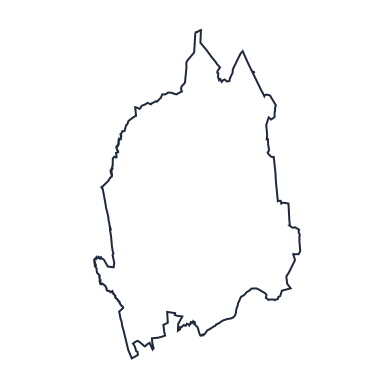 Vecpils pag., Durbes, Latvia (Natural Earth projection), rotated 85°
{"feature_id": "27541924B81448674487737", "entity_name": "Vecpils pag.", "entity_type": "district", "adm_level": 2, "iso_a3": "LVA", "parent_name": "Latvia", "parent_adm1": "Durbes", "projection": "natural_earth1", "projection_center": [21.536, 56.615], "detail": "fine", "context": "isolated", "style": "outline", "palette": "slate", "viewbox_px": 384, "rotation_deg": 85, "n_neighbors": 0, "source": "geoboundaries", "source_scale": "gbopen_adm2", "svg_char_len": 6024}
<svg xmlns="http://www.w3.org/2000/svg" viewBox="0 0 384 384"><g transform="rotate(85 192 192)"><path d="M273.7,291.6L274.7,291.6L275.9,291.2L276.0,289.5L275.5,289.7L275.5,289.1L277.0,287.5L277.5,287.3L278.0,286.4L279.0,286.3L280.5,285.4L281.2,285.8L281.8,285.7L283.1,284.9L283.0,284.3L283.2,283.9L283.3,283.1L283.8,282.5L284.3,282.3L284.2,281.8L284.8,281.4L283.8,280.0L286.7,279.2L286.6,278.8L287.4,278.5L288.5,277.6L289.4,277.7L289.3,277.3L291.2,277.2L291.9,276.0L293.0,275.6L292.7,275.4L294.3,274.4L295.3,274.2L295.5,273.7L295.3,273.7L295.5,273.5L296.8,273.7L297.6,273.0L298.0,273.0L298.5,272.4L299.3,272.2L300.0,271.0L301.5,270.7L304.8,275.0L312.8,274.1L315.0,273.4L318.8,273.3L325.5,272.0L343.7,269.3L352.5,266.5L349.7,260.2L346.5,260.1L345.6,261.5L340.9,262.4L337.8,264.0L336.7,261.9L336.4,261.6L335.5,259.1L337.3,256.8L341.6,252.7L341.5,251.8L340.2,250.6L338.6,247.4L345.5,245.0L344.3,243.8L342.5,244.3L338.8,244.7L334.3,244.7L334.2,239.5L334.3,239.3L333.6,234.7L332.7,231.3L328.2,231.9L324.0,232.0L322.0,232.2L320.1,227.5L309.3,227.2L311.2,219.4L312.9,220.0L313.9,218.0L315.2,212.5L322.1,217.2L328.9,218.1L328.3,217.2L328.3,216.5L327.1,215.5L325.7,215.8L325.4,213.7L324.3,212.6L323.8,211.7L324.6,210.7L324.7,209.9L322.8,208.7L323.6,207.0L324.7,206.4L323.7,205.7L323.5,206.0L323.2,205.3L322.8,205.1L323.0,204.7L322.4,204.3L321.6,204.3L321.9,203.7L321.6,203.5L321.6,203.3L322.2,202.8L321.7,202.5L322.0,202.2L321.0,202.0L321.5,201.5L321.5,200.9L321.7,200.6L322.6,200.6L323.9,201.0L323.9,200.5L324.6,200.3L325.6,199.7L326.7,198.5L329.4,197.7L332.3,197.3L335.6,196.3L336.0,195.5L335.0,194.2L335.8,193.5L335.8,193.2L334.7,192.4L334.6,191.7L331.2,188.9L330.3,186.6L327.6,181.5L327.3,180.3L325.9,179.4L325.9,178.6L325.3,177.6L324.9,176.0L323.6,174.3L322.5,171.7L321.6,167.6L321.4,164.4L320.8,162.6L320.8,162.2L320.4,161.9L319.5,160.5L318.6,159.9L315.9,158.7L314.1,158.4L311.2,157.5L309.6,156.5L306.5,155.7L304.9,154.5L304.1,154.3L302.7,153.4L301.4,152.8L300.6,152.2L299.6,149.8L298.6,148.3L296.7,146.5L294.9,142.9L293.7,141.6L293.4,141.0L293.6,136.4L295.4,133.2L299.1,128.2L299.8,127.5L301.1,126.7L303.8,127.7L305.4,125.8L306.2,125.2L305.9,123.7L306.1,120.6L306.7,119.5L306.4,119.5L306.6,118.2L306.0,115.7L304.0,115.1L303.7,113.7L303.3,113.2L298.1,111.0L296.6,102.1L291.6,105.2L284.6,105.4L282.9,104.4L281.4,103.0L269.0,95.4L268.0,95.4L262.8,96.6L262.6,96.5L262.9,96.1L263.1,92.4L263.3,91.2L260.4,89.4L259.4,89.3L249.3,89.3L248.1,88.9L246.3,89.1L245.0,88.5L243.0,88.6L242.1,89.1L240.8,89.3L238.9,88.6L236.1,92.5L236.4,94.3L236.2,95.1L235.5,96.1L233.8,97.9L233.7,97.4L228.6,97.5L211.9,96.9L210.9,100.9L210.6,103.0L211.3,104.0L208.5,104.5L208.4,106.8L208.6,107.3L189.0,107.5L180.2,107.2L164.2,107.5L164.3,108.7L163.5,110.4L160.2,112.9L159.2,113.2L157.7,111.9L156.0,111.6L151.7,112.0L145.9,111.8L146.0,113.0L142.3,112.2L131.7,112.2L124.4,109.1L126.7,106.8L124.5,103.2L120.1,102.8L118.5,102.2L115.8,102.0L112.9,100.9L102.6,105.9L101.4,109.3L101.7,109.9L101.8,111.0L102.9,111.6L98.9,113.1L98.4,113.5L79.1,120.9L78.1,119.7L77.6,120.0L77.6,121.5L66.2,125.8L56.1,129.2L58.5,131.7L73.3,140.6L76.9,141.2L78.1,142.0L82.1,144.3L84.8,145.1L84.9,147.8L83.0,149.3L82.8,149.8L83.4,151.3L84.9,152.9L82.0,153.9L81.8,154.4L82.8,155.3L79.3,156.1L77.0,155.5L75.8,155.7L75.6,156.3L75.2,156.4L73.8,156.1L70.3,153.2L66.4,156.2L65.0,156.8L58.8,161.0L51.6,165.3L44.1,170.6L31.5,169.0L32.0,170.9L32.4,171.4L32.6,172.2L33.1,172.7L33.1,174.2L33.8,174.6L35.1,175.0L53.2,177.7L60.2,184.7L61.6,185.8L62.8,186.4L67.6,186.7L82.1,189.4L83.6,190.5L85.2,192.5L86.2,193.3L88.6,194.0L91.0,193.3L92.4,197.0L93.4,198.8L92.4,201.9L91.6,202.9L90.9,206.1L91.0,207.4L92.4,209.7L92.2,213.2L95.3,214.7L99.0,219.1L98.4,220.1L99.5,222.4L99.9,223.9L101.1,225.3L99.9,227.4L99.4,228.7L100.8,231.3L101.5,233.8L101.9,234.7L104.3,236.5L104.6,237.0L103.0,239.9L102.6,241.2L111.2,241.1L111.2,241.6L113.6,245.8L115.8,249.2L118.5,250.3L119.5,251.2L119.7,251.8L125.4,253.9L125.6,255.8L125.4,256.1L127.7,257.4L128.1,258.2L128.5,258.2L129.3,257.7L129.5,258.0L130.1,258.1L130.9,257.6L131.4,257.8L131.8,258.3L132.9,258.3L132.5,258.9L132.8,259.6L133.0,259.7L132.8,260.0L133.2,260.0L133.4,260.4L133.8,260.4L133.8,260.1L134.0,260.0L134.3,260.5L134.8,260.3L135.3,260.9L135.5,260.9L135.5,260.7L135.8,260.6L136.3,261.0L136.9,261.2L137.3,260.8L137.5,261.0L138.2,260.9L138.8,261.3L138.6,261.5L138.8,262.0L139.5,262.2L139.5,262.6L139.9,262.8L140.4,262.5L140.8,263.0L140.7,263.4L141.2,263.4L141.3,263.2L141.8,263.4L142.2,263.1L143.4,263.1L144.1,262.8L144.4,262.6L144.2,262.5L144.4,262.2L144.7,262.0L146.0,262.1L146.4,264.3L150.8,264.1L151.0,264.6L150.1,266.5L151.9,268.0L158.9,268.7L159.4,269.2L160.0,269.1L160.8,269.6L161.7,269.1L162.7,269.7L162.5,270.3L163.5,270.3L163.4,270.9L164.0,270.8L164.3,271.3L164.5,271.2L164.4,270.8L165.0,271.0L165.3,270.7L165.7,271.1L166.1,271.1L166.0,270.6L166.5,270.1L168.0,270.5L168.3,270.2L168.9,270.3L169.3,270.8L169.8,270.7L170.6,272.2L173.4,274.2L174.5,275.4L178.5,280.4L179.2,281.8L180.2,281.5L180.0,281.0L181.8,280.6L196.3,279.2L200.5,279.0L204.7,278.2L210.7,277.5L212.7,277.6L215.2,277.2L220.5,276.9L220.3,276.5L222.4,276.2L222.7,277.0L229.0,276.5L238.8,276.5L244.6,276.1L246.4,275.6L247.7,276.6L255.8,275.6L260.2,276.7L258.9,282.4L252.1,285.5L251.3,286.1L250.6,287.2L250.2,288.4L249.0,288.4L249.0,288.6L249.3,289.1L250.4,289.6L250.1,290.2L249.0,290.3L248.6,290.6L249.3,291.0L248.8,291.6L248.8,292.0L249.8,292.7L248.7,293.0L250.0,294.0L249.9,294.4L250.4,295.0L250.8,294.8L251.2,294.9L251.2,295.3L252.0,295.2L252.5,295.5L253.1,295.4L253.4,294.8L254.1,295.2L254.4,295.0L254.7,295.1L254.9,294.8L255.4,295.2L255.7,295.0L255.5,294.7L256.4,294.4L256.3,294.2L256.5,294.1L256.8,294.6L256.6,294.9L257.0,295.3L257.8,295.0L257.8,294.7L257.4,294.5L258.9,294.3L260.0,293.7L261.7,293.9L263.6,293.5L263.9,293.7L265.4,292.8L265.7,292.2L267.1,291.6L267.8,291.7L267.7,291.4L269.1,291.7L269.2,291.4L270.5,291.4L270.3,291.2L270.8,291.5L271.9,291.3L271.6,291.6L272.4,291.8L272.8,291.8L273.1,291.5L273.0,291.3L273.7,291.6Z" fill="none" stroke="#1e293b" stroke-width="2"/></g></svg>